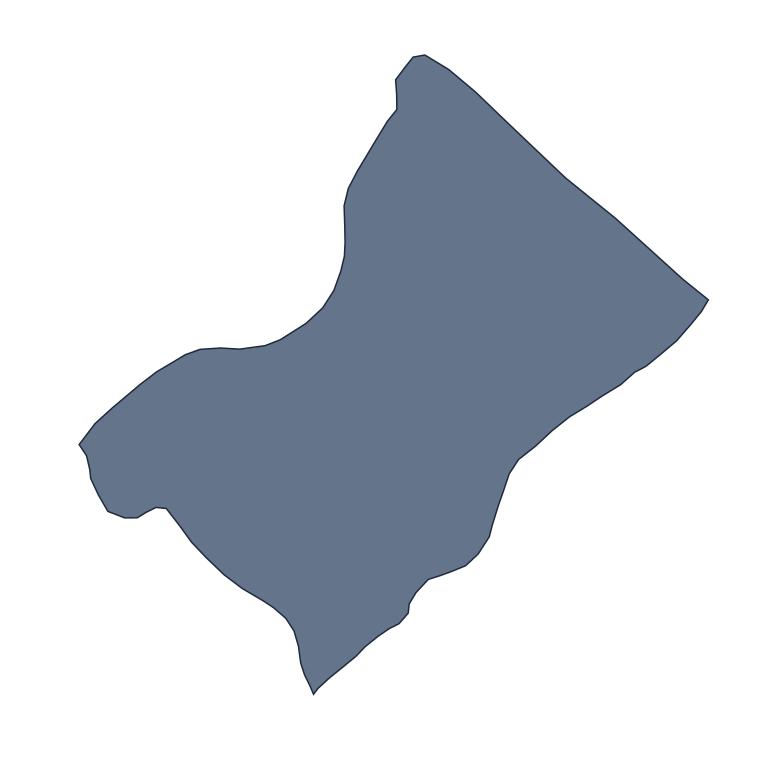 outline of Lombo-Bouenguidi, Ogooué-Lolo, Gabon, rotated 41°
{"feature_id": "22940354B47016566751071", "entity_name": "Lombo-Bouenguidi", "entity_type": "district", "adm_level": 2, "iso_a3": "GAB", "parent_name": "Gabon", "parent_adm1": "Ogooué-Lolo", "projection": "albers", "projection_center": [12.662, -1.615], "detail": "fine", "context": "isolated", "style": "filled", "palette": "slate", "viewbox_px": 768, "rotation_deg": 41, "n_neighbors": 0, "source": "geoboundaries", "source_scale": "gbopen_adm2", "svg_char_len": 1334}
<svg xmlns="http://www.w3.org/2000/svg" viewBox="0 0 768 768"><g transform="rotate(41 384 384)"><path d="M573.6,107.7L540.9,108.9L449.9,107.1L385.8,109.4L307.6,105.9L261.5,103.6L226.5,104.2L199.0,108.9L191.5,118.2L192.1,131.6L193.2,146.8L203.7,157.3L213.6,168.4L214.2,183.5L218.9,210.9L224.2,240.7L228.8,259.9L237.0,275.7L251.0,290.8L262.1,303.1L270.3,313.6L277.3,327.0L284.8,346.2L287.8,366.7L285.4,389.4L276.7,418.6L269.1,433.1L252.2,452.4L237.0,464.1L222.4,478.6L214.9,492.1L204.4,524.1L200.3,544.0L194.6,580.6L191.9,603.4L193.3,624.4L193.6,629.7L206.6,633.3L218.2,641.7L224.6,647.7L241.5,655.2L259.2,661.3L276.1,655.2L285.6,646.8L288.6,637.2L292.9,626.7L301.4,620.8L322.1,624.9L342.8,629.7L363.8,631.7L388.8,632.9L411.4,631.3L435.1,626.9L447.4,625.3L463.8,625.3L478.1,629.4L491.3,637.9L504.3,649.3L514.8,655.6L526.2,660.4L534.4,664.4L533.9,657.1L535.6,641.9L539.1,622.1L541.5,607.5L542.1,594.7L545.0,578.4L548.5,565.0L552.6,555.0L552.6,541.0L547.3,533.5L545.0,520.6L545.6,502.5L552.6,490.9L559.0,479.2L561.5,474.2L564.8,467.6L566.6,450.6L563.7,430.2L558.4,419.7L549.7,399.9L544.4,386.5L537.4,369.6L535.1,352.7L539.2,331.1L541.5,308.9L545.6,286.8L551.4,268.7L556.7,249.4L563.1,229.0L565.4,210.9L570.1,198.7L573.0,181.8L576.5,159.6L576.5,136.9L576.0,121.1L573.6,107.7Z" fill="#64748b" stroke="#1e293b" stroke-width="1.5"/></g></svg>